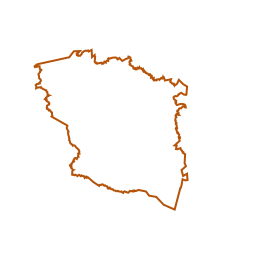 Balleza, Chihuahua, Mexico (orthographic projection), rotated 338°
{"feature_id": "50627088B93456517929571", "entity_name": "Balleza", "entity_type": "district", "adm_level": 2, "iso_a3": "MEX", "parent_name": "Mexico", "parent_adm1": "Chihuahua", "projection": "orthographic", "projection_center": [-106.603, 26.712], "detail": "fine", "context": "isolated", "style": "outline", "palette": "amber", "viewbox_px": 256, "rotation_deg": 338, "n_neighbors": 0, "source": "geoboundaries", "source_scale": "gbopen_adm2", "svg_char_len": 5718}
<svg xmlns="http://www.w3.org/2000/svg" viewBox="0 0 256 256"><g transform="rotate(338 128 128)"><path d="M140.7,221.1L154.0,203.3L154.3,203.4L156.0,201.4L159.4,196.0L161.6,198.1L163.7,198.5L165.6,192.5L161.1,193.1L161.9,187.0L167.4,185.2L167.3,181.8L171.1,173.8L170.7,173.6L170.7,172.9L169.6,171.6L170.2,171.0L169.5,170.1L169.6,169.3L168.9,167.8L169.1,166.3L165.8,166.2L164.6,165.5L166.5,162.6L164.7,161.6L171.2,159.2L171.5,155.9L172.6,156.5L172.8,156.1L172.3,155.4L172.3,154.7L173.0,153.3L172.4,152.5L172.7,151.2L171.9,151.1L172.2,148.3L172.0,146.6L172.2,146.4L172.5,147.1L172.9,147.1L173.1,146.8L172.7,146.4L173.0,145.9L173.6,146.1L173.6,145.4L174.1,143.7L173.8,142.3L174.8,141.6L174.3,140.9L174.5,140.0L175.0,139.3L174.7,138.4L176.2,136.2L177.0,136.0L176.7,134.3L177.5,133.7L178.3,134.7L178.1,133.7L178.5,133.2L179.2,133.6L179.8,134.9L180.1,135.0L179.6,133.9L179.9,133.3L180.5,133.1L180.6,132.7L180.2,131.4L179.8,131.1L180.3,130.3L181.8,130.2L182.6,129.2L183.6,129.1L184.7,129.7L186.8,128.4L187.7,128.9L188.3,129.9L189.2,130.6L189.6,129.7L189.4,127.6L187.8,126.3L185.9,125.4L181.9,125.0L181.5,123.4L181.9,122.6L181.5,122.3L181.6,121.9L181.7,121.7L182.0,122.0L182.4,122.0L182.6,121.1L182.9,120.8L181.4,118.4L181.7,116.6L183.0,116.1L183.9,116.1L185.0,116.9L186.5,116.6L187.3,115.8L187.5,116.1L189.1,115.4L190.5,115.3L192.3,117.9L193.0,118.1L193.9,119.0L194.6,119.0L198.3,111.7L195.6,108.1L193.2,102.4L190.2,105.3L188.1,105.9L187.2,105.0L187.2,105.6L186.9,106.0L186.4,104.3L186.8,103.9L185.2,103.0L185.3,102.1L184.4,100.9L186.2,98.9L180.0,97.8L180.2,94.5L179.6,94.5L179.6,93.8L179.0,94.5L178.7,94.2L178.2,94.1L177.9,94.8L177.1,94.2L175.3,95.1L175.1,94.4L174.4,94.1L173.1,94.3L172.6,93.8L171.9,94.4L171.4,93.9L170.4,93.7L170.4,93.3L169.7,93.3L169.7,92.7L170.2,92.6L169.7,91.9L170.4,91.2L169.7,91.1L169.5,90.5L169.2,91.1L169.0,90.3L168.1,90.0L168.5,89.3L169.5,88.8L169.6,88.4L168.9,88.0L168.8,87.1L168.2,87.2L168.2,86.4L167.7,86.6L167.8,87.0L167.6,87.0L167.0,86.3L167.0,85.6L166.6,84.8L165.9,84.6L165.5,83.4L165.0,83.5L164.8,82.5L164.1,82.1L164.5,81.8L164.2,81.4L164.6,81.3L164.1,79.4L163.6,79.6L163.9,78.8L163.0,78.9L162.5,78.0L162.6,77.5L161.7,77.1L161.3,76.7L161.3,76.2L160.7,76.8L160.2,76.3L160.4,76.0L159.8,76.4L159.8,75.7L159.6,75.5L158.9,75.8L159.1,76.1L158.9,76.5L157.8,75.6L157.5,76.5L157.1,76.2L156.7,76.3L156.3,75.7L156.4,74.1L155.8,75.3L155.3,74.9L155.7,73.7L155.6,72.7L154.6,71.8L154.3,71.1L153.8,70.8L153.3,69.8L154.1,69.3L153.8,68.3L154.2,67.1L155.2,66.3L155.7,66.9L156.2,66.9L156.1,66.5L156.4,65.8L156.2,64.5L156.6,63.5L155.6,62.5L155.5,62.1L155.2,62.0L155.1,62.5L153.9,63.4L152.3,63.1L147.8,63.7L146.3,59.9L144.4,60.6L144.3,60.1L143.9,60.0L144.0,59.1L143.0,58.0L139.9,57.0L137.4,56.9L136.1,56.0L135.5,56.3L135.6,57.0L134.8,58.4L133.9,57.6L132.3,58.2L132.0,59.1L131.3,58.6L130.9,57.7L129.4,59.0L129.0,58.6L128.0,58.8L128.0,57.5L123.2,56.7L122.8,56.4L122.3,55.3L122.6,55.2L122.0,54.8L121.9,54.1L124.1,49.9L124.1,48.9L124.4,47.8L121.2,48.9L123.5,42.0L120.1,42.3L120.1,41.2L118.4,40.9L117.9,40.5L116.1,40.3L114.8,40.8L114.0,40.7L113.9,41.1L113.1,41.5L112.9,42.0L110.6,43.1L109.9,42.6L109.1,42.6L107.9,41.3L108.2,39.9L109.2,39.6L109.5,40.1L110.0,39.3L111.0,39.2L112.2,38.6L106.5,36.6L100.0,40.4L67.6,34.9L64.5,35.8L64.6,36.7L65.5,36.5L65.9,37.0L66.6,37.2L67.9,37.0L69.1,37.6L68.5,39.8L68.8,41.0L69.5,41.6L69.4,41.9L68.7,42.2L68.2,41.7L67.3,43.3L65.0,44.7L65.0,46.1L64.3,48.6L64.4,49.1L65.1,50.2L65.1,51.0L64.8,51.8L63.0,52.8L63.0,53.4L62.4,53.1L61.9,53.6L60.1,53.1L59.2,53.3L58.9,53.8L58.5,53.8L58.7,56.1L57.9,56.3L57.7,56.8L58.8,56.6L61.1,57.1L62.2,57.9L62.5,57.7L62.5,58.3L63.2,58.9L63.9,60.2L66.3,62.4L66.1,63.6L66.7,64.2L66.2,65.8L66.3,66.8L66.0,67.1L67.3,68.3L66.3,68.3L65.9,68.6L64.9,68.5L63.6,69.3L63.4,70.2L63.0,69.7L62.9,70.0L62.4,69.9L61.7,70.2L62.3,70.9L62.8,72.7L64.2,74.6L64.4,75.3L64.2,75.8L63.6,76.0L63.6,76.6L61.2,77.0L60.9,77.8L60.8,78.7L60.2,78.9L60.0,79.9L61.0,80.7L61.1,81.4L61.6,81.3L62.0,82.0L61.7,82.4L62.5,82.7L62.7,84.4L63.1,84.7L63.3,85.4L62.5,87.2L62.5,88.3L61.4,88.8L72.7,103.0L72.2,104.0L71.4,104.6L71.1,105.3L71.5,109.2L70.7,109.6L70.3,111.6L70.0,112.0L70.0,113.9L69.6,115.0L69.7,116.0L68.8,117.1L69.2,117.9L68.8,119.9L68.9,121.0L69.5,121.4L70.0,122.5L70.1,123.7L70.7,123.5L71.5,123.8L72.4,125.1L72.5,126.3L73.7,128.5L73.6,128.9L74.2,130.0L74.0,131.0L74.2,131.3L73.5,132.6L73.4,133.4L72.5,132.9L72.1,133.0L72.2,133.9L71.6,134.5L71.3,136.2L70.7,136.0L69.6,137.0L69.0,136.7L68.8,137.3L68.4,136.8L67.6,136.5L67.6,136.1L66.9,136.1L65.5,137.4L65.6,138.5L65.2,138.5L65.1,138.3L64.8,138.9L64.4,138.6L64.2,139.0L62.5,139.7L62.5,140.1L61.5,141.4L61.1,141.3L60.7,140.6L60.2,140.8L60.0,141.2L60.5,142.2L60.4,142.8L61.0,143.3L60.4,143.9L61.3,146.0L61.0,146.4L61.4,146.6L60.6,146.8L59.9,147.6L59.6,148.8L58.8,149.9L58.8,150.6L60.1,151.0L60.8,151.8L61.7,151.6L63.2,153.7L64.1,153.1L65.3,153.2L66.1,154.9L67.1,154.6L67.3,155.3L68.5,155.6L69.5,156.7L69.6,157.1L69.1,157.3L69.1,158.1L69.4,158.0L69.5,157.6L70.9,157.3L71.3,157.5L71.2,158.7L71.6,158.7L71.9,158.3L72.3,158.5L72.5,159.4L73.1,160.0L75.5,164.9L79.5,170.8L80.2,170.1L82.1,170.7L82.7,170.5L83.5,170.9L83.6,171.4L84.3,172.0L84.4,172.7L85.3,172.7L86.0,173.8L86.7,174.2L87.0,174.9L86.6,175.9L86.9,176.8L87.5,176.7L88.1,177.1L88.5,176.4L88.8,176.4L89.5,178.5L90.9,179.0L91.0,179.7L91.7,180.8L92.4,181.0L93.9,182.5L94.9,182.4L95.9,183.5L97.5,184.4L98.2,184.5L98.4,185.4L99.3,186.4L100.2,185.5L101.2,185.5L102.1,186.6L102.7,186.8L102.9,187.4L104.2,188.1L106.1,187.0L107.0,187.8L108.7,187.9L108.7,188.7L109.2,189.0L109.5,189.0L110.2,188.2L110.6,188.3L111.2,189.1L111.1,190.0L111.4,189.4L112.2,189.2L112.9,189.5L114.4,189.3L120.9,193.6L122.2,198.6L128.4,202.5L132.3,212.5L140.7,221.1Z" fill="none" stroke="#b45309" stroke-width="2"/></g></svg>